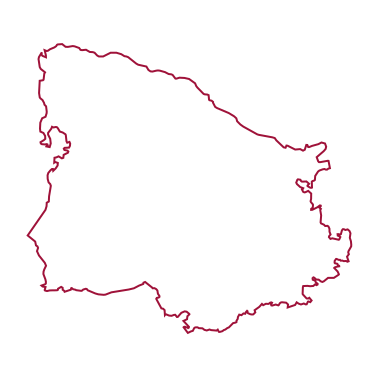 map outline of Baden-Württemberg (Mercator projection), rotated 93°
{"feature_id": "DEU-1573", "entity_name": "Baden-Württemberg", "entity_type": "State", "adm_level": 1, "iso_a3": "DEU", "parent_name": "Germany", "parent_adm1": "", "projection": "mercator", "projection_center": [9.433, 48.664], "detail": "fine", "context": "isolated", "style": "outline", "palette": "rose", "viewbox_px": 384, "rotation_deg": 93, "n_neighbors": 0, "source": "natural_earth", "source_scale": "10m", "svg_char_len": 5911}
<svg xmlns="http://www.w3.org/2000/svg" viewBox="0 0 384 384"><g transform="rotate(93 192 192)"><path d="M244.0,353.8L217.5,337.4L213.8,336.5L210.3,336.5L209.0,334.5L203.8,334.5L193.2,333.3L191.5,334.0L189.9,335.7L186.5,336.8L182.8,337.1L180.5,336.5L177.8,334.5L176.4,333.1L176.3,332.1L178.1,331.7L175.6,329.4L172.6,327.6L170.0,327.5L169.2,330.2L169.9,331.1L165.0,331.1L164.5,329.2L163.4,327.1L165.2,323.7L164.6,322.3L161.6,322.1L159.3,318.0L158.1,317.6L157.2,318.5L156.7,321.6L155.5,322.3L154.6,321.6L154.1,317.1L152.3,316.3L150.0,316.2L148.4,317.0L149.3,319.2L147.9,320.0L141.8,321.0L141.0,321.4L139.3,324.3L138.6,327.1L135.2,329.4L134.3,330.4L134.2,331.5L134.8,333.7L134.2,335.2L136.1,335.8L140.5,338.8L142.2,338.7L146.3,336.4L150.9,335.6L154.6,336.5L154.1,339.8L153.4,339.5L153.3,338.4L152.0,338.9L151.8,339.7L152.2,341.4L152.1,344.4L151.5,345.5L150.2,345.9L148.0,342.7L146.6,341.3L143.7,341.6L140.8,343.5L139.6,346.6L136.7,347.1L130.7,347.1L126.2,345.5L124.5,342.2L120.9,341.3L119.2,341.3L114.1,342.2L112.5,343.9L110.8,344.4L108.0,346.1L106.4,348.3L105.5,349.0L101.2,349.9L88.9,349.9L88.2,346.7L87.6,346.1L81.5,345.7L80.2,345.0L77.0,349.5L75.2,350.6L67.3,352.2L65.3,351.9L60.4,349.3L62.9,349.4L63.9,348.4L65.1,344.9L63.0,345.1L58.1,346.6L58.8,344.6L58.5,343.3L56.9,341.3L54.8,337.0L53.5,335.3L52.1,334.5L51.7,333.9L51.1,329.4L53.6,325.9L53.6,323.6L52.5,318.7L52.7,316.8L54.1,312.2L55.9,310.8L56.1,309.2L55.5,305.3L57.5,301.4L57.5,298.4L58.0,296.6L60.6,293.9L61.5,292.2L61.3,287.8L57.2,280.6L56.9,274.7L58.1,269.8L59.9,266.6L60.1,264.6L60.7,262.8L66.7,254.4L67.7,252.4L69.1,244.1L72.4,241.9L73.7,239.8L73.8,237.8L72.7,234.1L72.4,232.4L72.5,230.5L73.7,225.2L75.4,221.5L75.6,218.8L76.1,217.5L79.6,214.5L79.6,213.5L78.5,210.5L78.5,205.5L79.3,200.8L83.3,194.6L86.0,193.3L87.4,192.1L93.4,185.6L93.8,184.5L93.9,181.8L94.4,180.5L98.9,179.8L99.4,179.4L99.8,177.2L100.9,175.7L101.7,175.7L105.8,173.3L106.9,171.3L111.2,159.5L114.2,153.9L116.1,151.6L119.0,150.6L122.0,147.3L124.0,144.2L131.0,129.9L131.4,128.4L133.2,114.6L133.8,112.2L136.0,110.5L142.6,102.8L142.9,100.9L140.7,100.1L140.8,98.9L144.2,91.2L143.5,86.2L144.9,83.3L143.9,81.6L139.0,80.3L139.0,79.3L141.0,78.3L141.0,77.3L139.7,74.6L137.6,68.3L135.8,65.3L136.6,61.7L139.7,60.4L142.0,60.8L144.3,62.6L150.7,69.3L154.7,67.6L155.5,66.8L155.5,65.6L153.7,57.9L153.8,57.3L161.0,55.5L161.5,57.0L162.6,58.4L162.6,59.7L162.1,60.9L162.5,62.6L163.9,65.9L165.0,67.2L169.5,69.8L173.5,69.9L174.3,70.8L174.8,72.3L175.5,72.9L181.3,72.4L181.6,73.2L181.5,74.2L180.1,76.9L179.5,77.0L177.7,75.5L175.5,78.3L175.9,82.7L175.4,83.6L174.1,84.4L173.8,86.9L174.4,87.5L177.2,88.4L178.6,87.6L181.4,84.2L182.4,81.1L182.9,81.3L183.0,82.0L183.6,82.4L186.0,81.0L186.5,79.8L186.3,78.8L184.8,76.0L187.3,72.9L192.7,72.7L195.0,73.1L195.9,72.7L198.1,70.6L198.9,70.5L201.3,70.6L202.6,72.1L203.6,72.1L203.5,71.0L202.6,69.3L200.6,65.9L198.7,63.6L198.8,62.8L199.2,62.6L201.0,63.9L202.1,62.4L203.2,63.0L208.6,61.8L215.6,62.0L216.6,61.5L217.7,58.6L219.0,57.2L218.7,54.9L219.4,53.9L221.5,52.8L224.5,52.6L227.2,51.4L229.0,52.8L229.9,52.9L231.6,51.3L230.9,49.5L232.0,43.0L231.7,42.5L229.2,41.5L228.7,42.0L227.9,44.2L226.5,44.4L226.4,43.5L226.7,41.9L226.3,41.1L222.6,40.3L221.3,39.5L221.2,38.4L221.9,36.9L221.2,34.6L222.7,32.7L224.9,31.6L229.5,32.0L232.9,30.7L236.3,30.2L238.0,30.2L243.1,32.7L244.3,32.8L245.9,32.1L248.5,33.8L253.0,32.0L253.5,33.2L252.8,34.5L253.1,36.8L252.6,38.3L252.8,39.9L252.0,40.7L252.1,42.0L251.3,44.0L251.3,44.6L253.3,45.9L255.2,45.9L255.7,45.5L256.1,43.1L257.4,42.4L258.0,41.2L258.5,41.1L259.0,43.5L259.9,45.6L260.4,46.0L263.8,42.4L266.5,41.0L267.0,41.3L270.3,45.8L270.6,51.6L274.3,55.7L275.0,57.1L274.6,58.5L272.9,60.9L272.9,63.4L271.2,65.4L270.9,66.3L271.8,67.1L273.3,66.8L274.1,64.4L275.6,63.7L277.2,61.7L277.9,61.8L278.5,62.8L277.8,64.2L279.5,66.0L279.9,69.1L279.7,71.8L280.1,76.0L281.2,76.3L288.0,76.2L288.7,75.7L292.3,72.0L292.3,70.4L291.5,69.3L294.1,66.9L295.8,68.1L295.2,69.9L295.4,70.5L298.1,71.6L298.3,72.5L297.5,74.5L298.6,77.3L297.9,79.7L296.7,81.7L299.4,83.1L302.3,90.4L299.3,90.2L297.6,92.2L297.4,96.3L297.6,97.3L298.5,98.5L300.2,99.3L300.7,99.9L300.0,102.5L301.2,105.9L301.1,106.8L300.3,107.2L298.4,106.3L298.1,107.0L298.4,108.1L299.7,109.6L299.8,112.5L301.3,115.0L300.1,116.3L303.2,118.8L306.8,123.3L308.9,122.5L311.0,124.4L311.2,125.7L311.0,127.4L310.1,129.7L309.6,130.3L308.2,130.3L307.8,130.8L309.3,132.0L310.8,132.5L310.6,134.3L312.4,136.1L312.0,138.4L314.5,139.6L316.3,139.7L318.2,140.8L319.6,140.8L320.1,141.6L320.8,144.1L325.3,148.1L326.0,149.6L327.6,151.5L328.2,153.0L329.4,154.4L330.3,157.0L330.2,157.9L328.1,159.1L329.1,160.2L328.9,165.7L328.4,167.3L329.5,170.0L329.0,172.4L327.6,174.4L327.6,178.0L326.9,179.3L326.9,180.7L327.1,181.8L327.8,182.7L330.6,183.9L331.2,185.6L332.9,188.8L327.5,193.3L327.1,192.9L326.9,191.9L327.5,190.5L327.5,189.4L328.1,188.8L327.6,188.1L326.8,188.0L321.2,193.8L319.3,190.3L316.3,190.1L314.3,188.2L313.9,188.3L311.8,191.1L311.6,193.1L313.2,196.3L317.5,199.7L317.6,200.5L315.5,202.3L315.7,203.6L316.7,205.9L316.6,208.4L315.5,211.6L315.6,212.1L316.3,212.6L311.4,213.2L310.1,214.7L309.8,216.5L300.6,222.1L299.6,221.6L299.1,219.7L298.4,219.0L297.5,219.1L295.4,220.7L292.2,221.4L290.9,222.6L290.0,224.4L290.2,226.3L289.6,226.7L284.3,234.1L285.1,235.7L286.4,235.9L288.2,239.9L291.2,245.0L292.7,250.1L296.4,267.2L299.0,273.0L299.3,274.8L299.1,280.1L298.4,283.2L295.6,291.0L294.4,292.0L294.2,293.0L295.1,295.5L296.4,296.9L296.5,297.5L296.1,302.6L295.7,303.2L295.3,305.7L294.2,307.1L294.4,307.6L295.9,307.9L298.3,314.0L297.4,314.4L296.4,316.0L294.4,316.2L293.6,317.7L295.6,320.7L296.7,320.8L297.2,321.6L297.7,328.8L298.5,331.6L298.1,333.6L297.6,334.0L294.6,333.3L294.2,336.3L293.3,337.4L291.8,333.8L291.1,333.2L289.3,333.2L287.0,333.8L281.7,336.1L279.4,336.1L277.1,335.5L273.3,333.9L270.4,335.3L263.4,341.5L259.2,343.7L255.9,342.8L254.4,343.5L253.5,345.0L249.7,346.0L244.0,353.8Z" fill="none" stroke="#9f1239" stroke-width="2"/></g></svg>